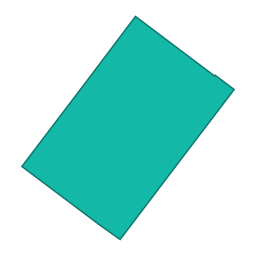 the district of Beadle, South Dakota, United States of America, rotated 127°
{"feature_id": "52423323B64363229098569", "entity_name": "Beadle", "entity_type": "district", "adm_level": 2, "iso_a3": "USA", "parent_name": "United States of America", "parent_adm1": "South Dakota", "projection": "natural_earth1", "projection_center": [-98.339, 44.415], "detail": "fine", "context": "isolated", "style": "filled", "palette": "teal", "viewbox_px": 256, "rotation_deg": 127, "n_neighbors": 0, "source": "geoboundaries", "source_scale": "gbopen_adm2", "svg_char_len": 290}
<svg xmlns="http://www.w3.org/2000/svg" viewBox="0 0 256 256"><g transform="rotate(127 128 128)"><path d="M33.4,66.4L33.4,90.2L34.4,90.7L34.4,189.2L116.3,189.2L222.6,189.6L222.5,91.6L221.8,67.2L194.8,67.1L114.1,66.8L33.4,66.4Z" fill="#14b8a6" stroke="#0f766e" stroke-width="1.5"/></g></svg>